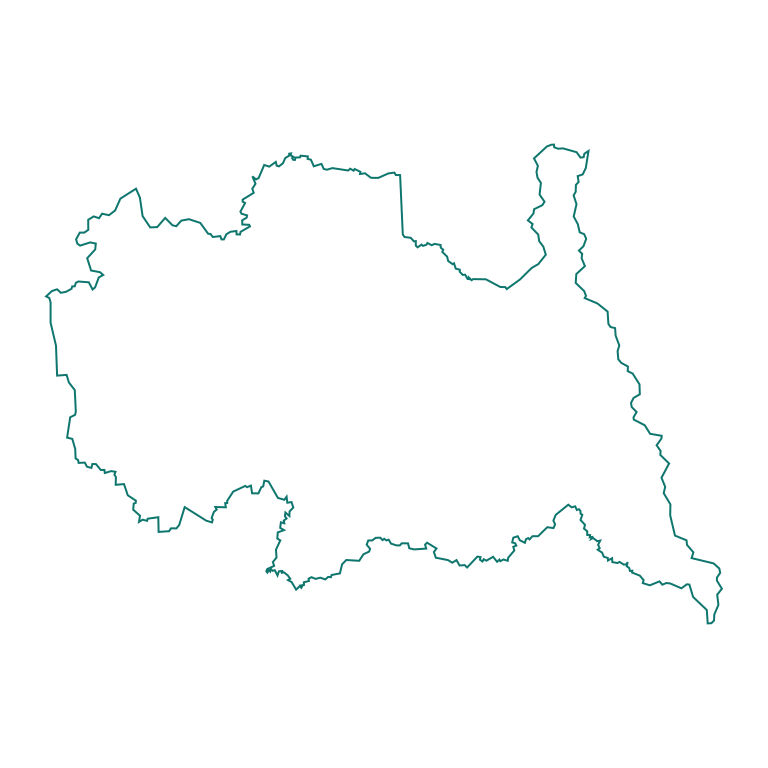 Huai Yot, Trang, Thailand
{"feature_id": "78962969B54488452023810", "entity_name": "Huai Yot", "entity_type": "district", "adm_level": 2, "iso_a3": "THA", "parent_name": "Thailand", "parent_adm1": "Trang", "projection": "albers", "projection_center": [99.605, 7.79], "detail": "fine", "context": "isolated", "style": "outline", "palette": "teal", "viewbox_px": 768, "rotation_deg": 0, "n_neighbors": 0, "source": "geoboundaries", "source_scale": "gbopen_adm2", "svg_char_len": 6064}
<svg xmlns="http://www.w3.org/2000/svg" viewBox="0 0 768 768"><path d="M76.1,239.3L77.3,243.6L80.1,245.6L90.2,242.4L95.8,243.6L95.2,249.5L87.2,258.2L91.1,270.5L100.0,272.2L103.2,275.0L98.8,277.4L95.1,287.4L92.6,289.5L88.8,282.3L78.3,281.5L75.8,282.9L74.8,286.3L72.2,286.4L71.5,288.8L66.0,291.8L60.9,292.8L57.1,289.3L52.0,291.0L46.1,296.4L49.3,298.0L50.6,302.4L50.6,322.7L56.0,345.7L57.1,375.6L66.6,374.9L68.9,382.5L74.8,390.1L75.8,411.6L75.1,414.8L70.2,417.3L67.1,437.6L72.3,438.9L75.2,448.9L75.6,458.4L78.1,460.1L78.6,462.9L84.8,462.6L87.0,466.7L91.4,467.9L92.4,464.0L96.0,464.1L100.8,470.0L104.4,469.9L104.8,473.0L111.2,471.1L115.5,471.8L114.4,474.7L115.9,477.0L115.7,484.8L124.0,484.1L127.8,495.3L135.9,500.7L135.7,502.9L133.7,503.6L133.2,509.7L140.0,515.7L139.0,521.9L142.6,519.7L147.1,520.8L147.7,518.7L158.3,517.2L158.6,531.9L169.1,531.2L171.0,528.3L176.4,528.4L179.2,525.0L184.7,507.1L206.3,520.7L212.0,522.4L212.8,519.7L211.6,518.1L213.9,511.9L216.7,509.6L215.3,507.0L225.8,507.3L225.2,503.1L227.2,503.0L227.2,500.8L233.2,491.6L245.3,485.9L247.1,487.2L250.9,485.6L252.1,493.3L258.4,493.4L261.3,487.2L263.2,486.4L264.3,480.7L268.5,481.5L277.9,497.9L284.3,499.8L286.6,496.7L287.3,502.7L291.5,502.1L293.3,507.6L289.6,511.4L289.4,516.0L285.4,512.5L284.9,516.2L286.6,518.5L283.8,520.6L284.3,523.3L280.9,522.3L280.2,527.9L284.0,530.1L277.8,532.4L277.3,538.5L280.3,540.4L276.0,549.6L276.5,557.6L272.9,562.0L274.1,565.9L267.2,569.1L266.3,571.2L267.4,572.6L269.0,569.9L270.2,571.5L271.1,569.1L272.6,570.8L274.8,570.2L277.5,575.5L278.9,571.3L283.2,570.9L281.4,571.6L281.8,572.8L284.0,572.4L287.8,575.4L290.2,578.8L288.0,580.1L291.7,582.1L296.1,589.6L299.7,586.2L301.3,587.8L302.3,586.1L301.2,585.4L304.0,584.9L303.8,582.3L308.9,581.0L308.6,578.7L311.5,577.2L315.7,578.9L320.2,577.7L325.4,579.4L328.1,576.9L330.9,577.2L331.6,575.0L339.9,573.4L342.1,564.3L346.3,560.0L359.2,560.8L363.4,554.3L369.1,551.6L370.1,548.8L366.7,544.7L368.2,540.5L372.2,540.4L375.8,537.8L380.3,537.7L382.5,540.1L384.2,538.8L386.3,540.4L388.7,539.7L391.0,543.6L396.5,545.4L399.9,545.4L401.7,543.3L408.0,543.3L409.3,548.3L414.1,549.4L426.2,548.6L425.1,544.6L427.1,542.7L436.5,548.5L433.9,552.0L435.8,557.7L448.0,560.1L452.3,562.7L456.5,560.1L459.6,565.5L464.7,565.1L467.1,567.5L477.4,556.6L480.5,557.1L479.9,559.7L482.5,561.5L483.7,559.2L486.4,560.7L493.1,556.8L497.1,561.8L499.4,559.6L500.3,561.2L503.5,559.5L507.7,560.8L508.2,557.7L514.3,550.5L513.3,546.8L516.3,545.6L515.3,543.4L512.2,542.4L513.3,537.7L517.7,536.2L519.8,540.2L524.9,542.8L526.0,539.2L528.2,538.1L529.5,539.4L532.5,536.2L538.1,536.2L547.3,527.2L553.5,528.1L555.1,524.3L553.4,520.6L555.7,514.9L568.3,504.7L571.6,507.3L575.2,506.4L576.9,510.0L578.9,509.2L580.4,510.9L580.6,513.7L582.3,514.8L580.5,520.0L585.0,524.8L584.0,528.6L587.3,531.3L587.2,534.9L590.1,535.1L589.7,537.3L592.0,537.0L591.1,539.0L593.1,538.0L597.2,541.2L600.2,540.6L598.1,544.8L599.7,548.2L597.7,549.7L602.1,552.6L603.8,556.7L607.8,558.0L608.0,560.5L612.1,558.2L612.3,562.1L617.5,563.0L619.6,561.9L623.7,564.6L626.3,564.4L627.7,562.1L626.7,566.2L629.1,567.9L630.0,571.0L632.3,570.7L632.1,572.6L639.8,575.6L643.6,580.1L642.8,583.1L649.8,585.3L659.5,581.4L662.3,584.7L666.4,583.0L670.3,583.5L681.4,588.3L686.9,584.3L689.4,584.6L693.1,597.0L706.8,610.0L707.7,623.4L711.4,623.2L714.0,620.6L714.3,614.5L718.4,604.9L717.2,594.7L721.9,588.7L716.9,580.6L716.9,577.6L720.2,572.9L719.3,568.5L713.6,563.4L691.6,558.1L693.4,552.3L687.0,544.9L686.5,540.3L675.0,535.6L670.2,515.4L670.4,504.4L663.7,493.1L665.2,486.9L661.5,477.7L669.1,463.5L660.3,454.9L660.6,450.9L656.6,445.3L661.5,438.4L661.7,435.8L650.1,433.8L644.8,425.3L633.8,419.6L633.5,417.3L636.6,412.0L631.7,407.0L631.0,403.0L633.6,397.9L639.8,394.3L639.5,384.4L632.7,373.6L627.7,371.1L627.9,366.5L621.2,362.8L618.3,359.3L617.6,351.1L619.3,345.5L615.6,335.5L615.1,328.1L610.5,327.0L608.4,323.9L607.6,311.6L597.5,303.5L584.7,298.1L586.0,295.9L584.2,291.1L575.7,282.9L576.3,274.1L584.9,266.1L581.6,258.2L582.2,253.8L578.9,250.6L583.4,246.3L586.2,238.8L584.2,234.2L579.7,232.3L577.8,224.1L573.7,216.5L576.5,204.2L573.6,195.3L575.7,191.8L575.9,184.9L578.6,182.0L577.7,176.1L582.7,174.4L585.8,168.0L588.5,151.0L584.4,153.7L583.6,157.2L580.5,157.6L576.6,152.2L563.1,148.4L558.1,148.7L554.2,147.3L554.0,144.6L551.5,144.7L547.0,146.4L534.0,158.4L537.9,165.8L536.5,172.0L537.5,177.7L540.9,182.9L539.6,194.6L544.5,201.7L542.4,205.1L534.1,209.2L533.5,213.4L527.9,220.4L532.6,224.0L531.4,227.5L538.2,234.5L539.2,241.2L543.3,246.6L545.8,254.7L538.3,264.1L531.6,268.0L520.1,279.4L506.7,289.1L505.3,287.1L500.3,287.0L485.9,279.3L473.1,279.1L471.6,280.2L468.9,277.6L469.0,279.1L467.6,279.0L465.1,274.7L462.7,274.9L459.7,271.7L459.8,269.7L455.7,268.6L454.0,263.3L452.7,264.2L448.2,261.0L447.1,256.6L442.3,251.9L443.2,249.7L440.7,247.6L440.6,245.0L434.6,243.9L431.7,245.2L427.4,243.0L426.5,244.7L423.0,245.9L421.6,244.6L417.6,247.3L415.8,245.6L415.8,241.1L414.0,241.4L410.7,237.8L404.5,237.0L402.8,234.4L400.1,175.1L395.8,175.0L394.4,172.6L388.4,173.4L378.3,177.9L371.0,177.8L365.0,173.3L360.0,174.0L360.4,171.8L354.6,169.0L353.6,170.7L350.2,168.7L348.2,170.5L332.4,168.1L326.9,169.7L323.7,168.9L321.5,163.9L313.8,166.3L310.9,159.7L307.6,158.9L307.8,156.4L300.6,155.7L300.1,157.3L295.3,157.6L295.0,159.9L293.3,159.9L292.1,158.1L293.5,156.9L290.4,155.2L291.0,153.4L289.2,153.7L289.2,155.6L285.2,158.1L283.0,163.2L278.9,166.4L276.7,165.7L275.8,161.9L269.3,166.6L264.2,165.0L258.6,178.1L256.0,179.4L252.4,176.4L255.5,183.8L252.3,188.7L253.7,192.8L242.7,199.6L242.6,201.6L245.1,203.0L240.4,211.6L241.5,213.7L247.1,215.4L246.6,217.7L242.2,220.3L242.3,224.5L249.2,224.8L250.0,226.4L240.5,231.9L240.0,234.5L236.6,234.4L236.4,231.0L230.4,231.8L226.3,234.3L223.9,239.4L221.5,239.4L220.3,236.1L212.8,237.0L210.5,234.0L208.1,233.7L200.3,222.9L189.0,219.2L181.3,220.6L176.3,226.2L172.5,225.3L165.2,217.9L157.2,227.1L150.2,227.4L142.6,216.1L139.9,197.6L136.0,188.7L120.4,198.6L115.1,210.5L109.0,215.2L102.1,213.7L99.0,218.2L93.7,216.4L88.2,219.8L88.3,229.8L84.3,232.6L79.8,232.6L76.1,239.3Z" fill="none" stroke="#0f766e" stroke-width="2"/></svg>